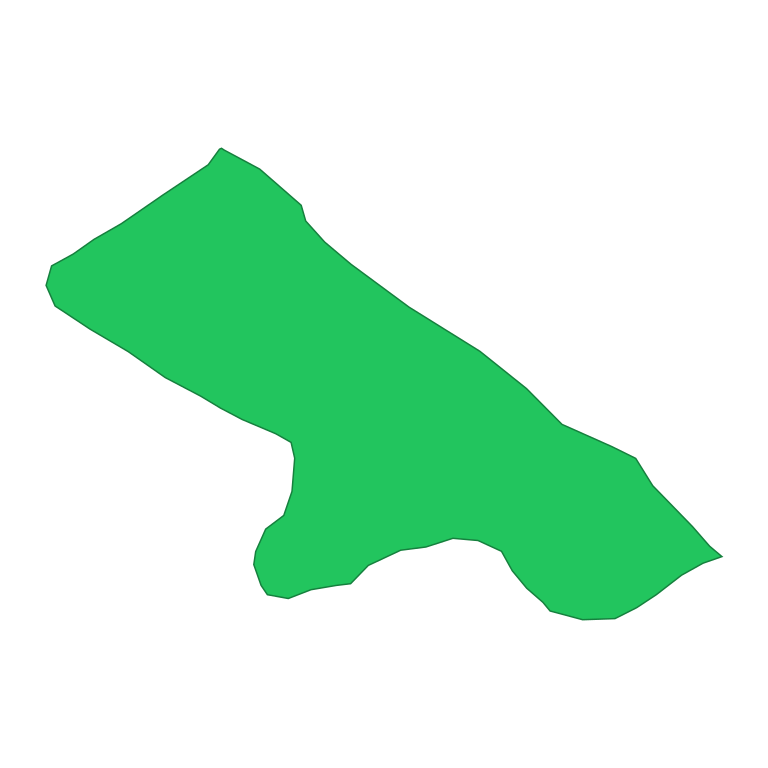 the district of Timrå, Västernorrland, Sweden
{"feature_id": "70781695B55487721764807", "entity_name": "Timrå", "entity_type": "district", "adm_level": 2, "iso_a3": "SWE", "parent_name": "Sweden", "parent_adm1": "Västernorrland", "projection": "robinson", "projection_center": [17.343, 62.661], "detail": "fine", "context": "isolated", "style": "filled", "palette": "green", "viewbox_px": 768, "rotation_deg": 0, "n_neighbors": 0, "source": "geoboundaries", "source_scale": "gbopen_adm2", "svg_char_len": 882}
<svg xmlns="http://www.w3.org/2000/svg" viewBox="0 0 768 768"><path d="M221.5,148.3L219.5,149.2L208.2,164.8L162.9,195.0L121.3,223.7L94.1,239.3L73.3,254.0L51.6,265.9L46.1,285.4L55.1,306.0L90.3,329.3L128.2,351.6L165.3,377.6L200.6,396.1L220.5,408.1L242.2,419.5L275.7,433.7L291.1,442.4L294.7,458.2L292.0,491.4L283.8,515.4L265.7,529.1L255.7,551.5L253.8,564.6L261.1,585.4L267.4,594.7L288.3,598.5L311.0,589.7L336.4,585.4L350.6,583.7L368.3,565.4L400.7,550.2L425.9,547.0L452.9,538.3L478.0,540.5L501.5,551.3L512.3,570.8L526.7,588.2L542.9,602.3L550.1,611.0L582.6,619.7L615.0,618.6L636.6,607.7L656.3,594.7L681.5,575.2L703.0,563.2L721.9,556.6L709.6,546.2L692.5,526.6L652.7,485.7L635.7,458.4L611.6,446.5L562.0,424.4L526.6,388.7L479.9,351.3L409.1,307.2L350.9,264.2L324.7,242.1L305.7,221.0L301.2,205.3L259.7,169.1L224.4,150.2L221.5,148.3Z" fill="#22c55e" stroke="#15803d" stroke-width="1.5"/></svg>